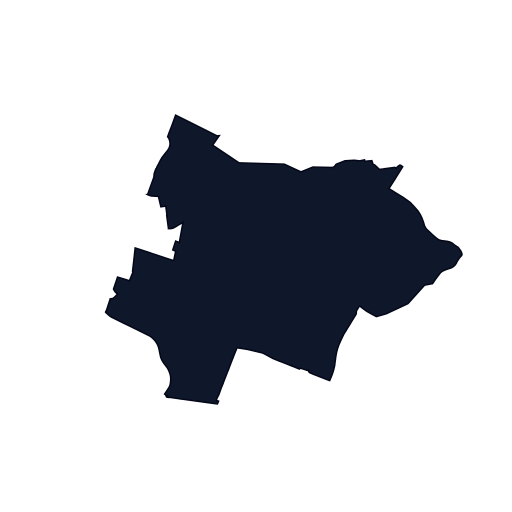 outline of Drimmelen, Noord-Brabant, Netherlands, rotated 42°
{"feature_id": "6326949B3496624998105", "entity_name": "Drimmelen", "entity_type": "district", "adm_level": 2, "iso_a3": "NLD", "parent_name": "Netherlands", "parent_adm1": "Noord-Brabant", "projection": "mercator", "projection_center": [4.754, 51.698], "detail": "fine", "context": "isolated", "style": "filled", "palette": "ink", "viewbox_px": 512, "rotation_deg": 42, "n_neighbors": 0, "source": "geoboundaries", "source_scale": "gbopen_adm2", "svg_char_len": 5676}
<svg xmlns="http://www.w3.org/2000/svg" viewBox="0 0 512 512"><g transform="rotate(42 256 256)"><path d="M102.0,205.1L106.2,215.4L108.7,222.0L109.0,222.8L109.6,224.2L110.5,226.5L112.0,226.8L113.3,227.3L114.1,227.8L114.8,228.2L115.2,228.5L115.5,228.7L116.1,229.2L116.5,229.6L116.8,229.9L117.3,230.5L118.2,231.8L118.4,232.3L118.7,232.9L118.9,233.2L119.3,234.5L119.4,235.1L119.5,235.7L119.6,236.4L119.7,237.0L119.9,241.5L120.0,241.5L120.2,245.4L120.6,247.4L121.1,249.6L122.2,253.7L122.7,255.9L123.6,258.2L123.3,258.4L124.7,261.8L124.9,262.3L125.1,262.7L125.5,263.3L125.9,263.9L127.3,265.7L128.2,267.8L132.2,277.7L133.8,281.6L134.3,282.9L134.2,283.0L134.7,282.9L137.8,281.6L138.0,281.5L143.6,277.0L152.4,283.1L155.0,280.0L155.6,279.3L157.5,281.0L158.5,281.8L162.8,285.5L162.6,285.7L167.4,289.8L171.3,293.1L171.5,293.2L172.1,293.7L172.6,294.3L174.2,292.9L174.4,292.7L174.6,292.4L175.5,291.1L175.7,290.8L175.9,290.4L176.8,287.8L177.7,284.6L179.3,280.0L185.1,289.4L188.2,294.4L190.0,297.2L186.3,298.7L190.1,307.2L193.1,306.2L197.9,314.5L193.5,316.5L189.7,318.2L187.1,319.3L183.5,320.9L180.9,322.0L177.6,323.5L175.1,324.5L171.5,326.1L160.9,330.8L161.0,330.9L160.9,331.0L161.0,331.2L161.7,332.1L163.4,334.5L166.6,338.9L168.0,340.9L168.2,341.0L168.3,341.2L168.7,341.8L169.3,342.7L170.3,344.1L173.8,349.0L174.6,350.1L175.4,350.5L175.5,350.6L175.6,351.0L176.1,352.5L178.5,359.1L175.7,360.3L167.2,364.3L168.5,367.3L169.8,370.2L169.8,370.4L169.9,370.7L170.2,371.2L172.2,375.9L172.9,376.2L173.5,376.4L174.1,376.6L174.8,376.7L175.4,376.9L176.7,377.0L177.4,377.0L178.0,377.0L178.6,376.9L178.4,381.3L178.1,383.2L176.3,385.4L176.7,386.1L176.8,386.3L177.1,387.0L177.7,388.5L178.2,389.6L178.5,390.3L179.7,393.0L181.9,397.9L181.7,397.9L181.8,398.2L181.7,398.2L181.8,398.4L181.9,398.5L184.9,398.5L186.4,398.5L188.0,398.4L188.7,398.3L189.7,398.1L194.3,396.8L197.2,396.0L202.6,394.5L209.4,392.5L214.0,391.2L215.7,390.7L226.5,387.7L229.7,386.8L230.4,386.6L231.0,386.5L232.0,386.4L232.7,386.3L233.5,386.3L235.2,386.3L236.0,386.4L237.3,386.5L237.9,386.6L238.5,386.7L239.6,387.0L240.7,387.3L241.8,387.7L242.6,388.0L243.0,388.2L244.1,388.8L244.6,389.0L245.3,389.5L245.9,389.9L246.9,390.6L248.6,391.9L250.4,393.2L251.2,393.8L252.9,395.0L253.9,395.5L254.7,395.9L255.6,396.3L256.5,396.6L257.2,396.8L258.1,397.1L259.4,397.4L264.6,398.4L265.3,398.6L266.8,399.1L268.6,399.9L269.7,400.5L270.7,401.0L272.1,401.9L273.1,402.7L274.0,403.5L275.2,404.8L276.0,405.8L277.1,407.2L278.1,408.9L278.4,409.3L279.2,411.5L279.3,412.0L280.1,417.0L280.4,419.4L280.5,419.8L281.7,419.6L281.9,419.8L282.1,419.8L282.6,420.2L283.1,420.0L283.5,419.2L283.7,419.8L283.7,420.0L283.9,420.5L284.1,420.4L284.2,420.5L285.7,419.5L285.9,419.4L286.0,419.4L286.1,419.2L286.3,418.9L290.6,416.0L294.5,413.4L295.0,413.1L296.3,412.3L296.4,412.1L300.1,409.6L318.1,397.4L326.3,391.8L326.1,391.1L325.3,388.9L323.0,389.9L322.9,389.8L321.6,385.9L321.6,385.7L321.6,385.4L321.6,385.2L320.7,382.7L320.5,382.2L318.9,378.4L318.7,377.9L316.8,372.6L316.3,371.5L314.6,367.0L312.2,360.7L311.6,358.8L310.7,356.7L307.5,348.3L307.4,347.9L307.1,347.2L305.5,342.9L304.7,340.8L304.4,339.8L303.9,338.6L303.3,336.9L310.5,332.2L312.7,330.8L323.2,325.1L325.3,323.9L327.8,323.1L337.0,320.9L344.0,318.4L345.4,317.8L349.1,316.4L356.5,313.7L356.4,313.6L356.5,313.6L363.1,311.3L363.1,311.2L363.3,311.1L363.9,310.9L363.8,310.5L363.9,310.3L363.9,310.1L364.0,309.9L364.4,309.6L365.1,309.2L366.3,308.6L370.2,306.9L370.5,306.7L370.9,306.5L371.4,306.1L371.8,305.7L372.5,305.8L372.3,306.5L373.6,306.9L374.6,306.6L375.6,306.2L376.7,305.9L379.7,304.8L381.7,304.0L383.7,303.3L385.7,302.5L389.3,301.2L394.1,299.3L393.0,296.0L392.4,294.4L391.8,292.8L391.1,291.2L390.3,289.5L390.0,288.8L389.0,287.0L388.2,285.5L387.6,284.5L386.1,282.4L383.5,278.6L383.2,278.2L381.6,275.7L380.7,274.2L380.2,273.4L379.8,272.6L378.6,270.3L377.7,268.1L377.0,266.5L376.3,264.3L375.8,262.8L375.7,262.5L375.5,261.9L375.3,261.2L374.7,259.3L374.2,257.5L373.9,256.4L373.6,255.4L373.4,254.5L373.1,252.6L372.6,249.9L372.4,249.1L371.9,246.0L371.5,243.9L371.2,242.5L371.1,241.8L370.9,240.9L370.5,238.7L370.4,238.0L370.0,236.0L369.6,233.7L369.4,232.7L369.3,232.2L369.2,232.0L369.1,231.8L368.9,231.5L368.5,231.0L368.2,230.7L367.9,230.4L367.3,229.2L366.3,223.7L367.8,223.7L371.5,223.4L375.4,223.0L379.3,222.1L380.7,221.8L386.0,220.5L391.5,211.7L400.8,189.7L400.8,184.3L400.8,173.6L400.8,169.2L400.8,166.9L400.8,164.9L405.0,159.3L405.7,158.5L404.9,152.6L404.7,150.2L404.4,146.7L404.3,145.0L404.5,143.5L405.0,141.9L405.5,140.6L406.7,138.3L408.4,135.3L409.0,134.3L409.6,132.6L409.9,130.7L410.0,129.4L409.7,127.3L409.2,125.7L408.8,123.5L408.5,121.3L408.5,119.1L408.5,118.2L408.2,117.1L407.3,116.4L406.4,115.9L404.8,115.2L400.5,114.3L396.3,115.0L393.3,115.1L390.8,115.8L388.5,117.0L387.9,117.4L383.6,120.4L381.1,121.6L378.2,122.0L372.9,122.1L364.3,121.9L361.2,120.9L357.5,118.6L353.6,116.6L350.4,115.3L346.0,114.1L340.8,113.5L335.0,113.0L326.6,113.9L316.9,115.7L310.6,116.8L309.7,117.0L307.9,106.1L307.3,102.9L305.3,91.5L304.7,91.5L303.1,91.7L302.7,91.9L302.3,92.0L302.2,92.1L302.0,92.3L301.9,92.4L301.8,92.6L301.8,93.0L301.5,94.3L301.4,95.2L301.4,95.7L301.6,96.5L301.7,97.0L302.0,97.7L301.9,97.6L301.7,97.4L301.5,97.2L301.4,97.2L301.1,97.1L300.7,97.0L300.4,97.0L300.1,97.2L299.8,97.3L299.3,97.9L295.7,102.1L293.3,104.9L292.8,105.6L292.3,106.2L290.8,107.9L290.1,108.7L290.0,108.8L289.8,109.0L289.5,109.0L284.1,108.9L283.3,108.9L281.6,109.5L278.3,107.6L273.4,112.9L272.3,111.9L269.4,115.9L264.9,119.1L258.4,125.7L254.2,134.1L254.4,137.4L253.4,139.2L248.4,143.5L238.7,151.9L235.9,157.7L233.1,163.4L215.6,168.8L181.1,198.1L149.6,202.6L148.2,191.1L146.6,192.8L102.0,205.1Z" fill="#0f172a" stroke="#020617" stroke-width="1.5"/></g></svg>